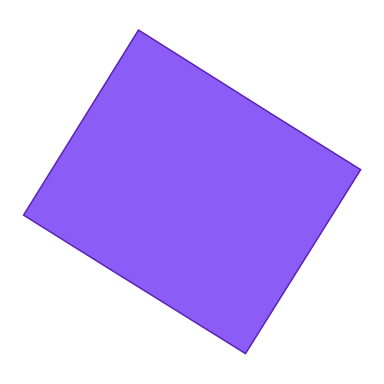 the district of Rush, Kansas, United States of America, rotated 212°
{"feature_id": "52423323B32209186414231", "entity_name": "Rush", "entity_type": "district", "adm_level": 2, "iso_a3": "USA", "parent_name": "United States of America", "parent_adm1": "Kansas", "projection": "equal_earth", "projection_center": [-99.311, 38.523], "detail": "fine", "context": "isolated", "style": "filled", "palette": "violet", "viewbox_px": 384, "rotation_deg": 212, "n_neighbors": 0, "source": "geoboundaries", "source_scale": "gbopen_adm2", "svg_char_len": 270}
<svg xmlns="http://www.w3.org/2000/svg" viewBox="0 0 384 384"><g transform="rotate(212 192 192)"><path d="M61.0,83.3L60.8,300.3L166.7,300.3L323.2,301.0L322.6,83.2L318.0,83.1L218.0,83.0L186.4,83.1L61.0,83.3Z" fill="#8b5cf6" stroke="#5b21b6" stroke-width="1.5"/></g></svg>